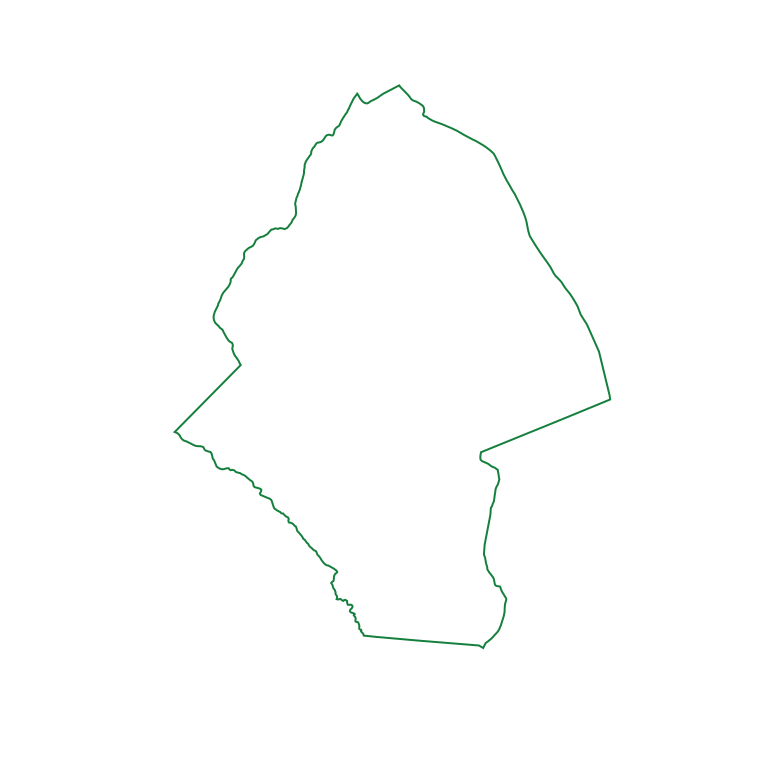 outline of Tarbaj, North-Eastern, Kenya, rotated 160°
{"feature_id": "3690345B53726856133736", "entity_name": "Tarbaj", "entity_type": "district", "adm_level": 2, "iso_a3": "KEN", "parent_name": "Kenya", "parent_adm1": "North-Eastern", "projection": "mercator", "projection_center": [40.301, 2.381], "detail": "fine", "context": "isolated", "style": "outline", "palette": "green", "viewbox_px": 768, "rotation_deg": 160, "n_neighbors": 0, "source": "geoboundaries", "source_scale": "gbopen_adm2", "svg_char_len": 6142}
<svg xmlns="http://www.w3.org/2000/svg" viewBox="0 0 768 768"><g transform="rotate(160 384 384)"><path d="M267.6,659.4L285.6,657.0L292.4,655.2L296.2,654.6L299.1,654.4L300.3,654.1L300.8,654.1L301.5,653.7L303.5,653.4L304.6,653.8L305.7,654.4L306.4,655.1L307.4,656.7L307.9,657.6L308.9,660.9L309.4,664.2L309.9,666.0L311.1,665.1L314.7,662.8L321.1,656.7L322.0,655.6L322.9,654.7L323.3,654.6L325.9,651.9L328.1,650.5L332.4,647.2L334.0,645.9L337.5,642.3L338.6,641.8L340.1,641.5L341.4,641.0L342.2,640.6L343.2,639.8L343.6,639.4L345.6,636.4L346.5,635.5L347.4,635.2L348.4,635.6L350.0,636.9L350.4,637.1L352.6,637.3L353.8,636.9L357.4,634.2L358.5,633.5L360.5,633.1L363.3,633.3L364.0,633.5L364.6,633.4L365.7,632.9L368.6,630.6L369.5,630.3L370.7,629.5L372.7,627.5L373.1,626.9L373.5,625.6L373.8,625.2L374.4,624.7L379.8,621.0L381.7,619.5L382.4,618.5L383.6,617.0L384.0,616.3L384.1,615.6L385.2,613.5L386.0,612.2L387.0,609.6L388.7,607.0L391.5,603.1L391.7,602.6L392.1,602.4L394.4,598.5L395.5,597.2L396.5,595.5L398.0,594.0L398.2,593.5L398.6,593.2L400.0,592.0L400.4,591.1L401.3,590.0L402.5,589.0L404.2,586.3L405.4,584.6L406.0,583.4L406.2,581.2L406.7,579.6L408.2,574.5L409.2,572.9L409.9,572.1L411.3,571.0L413.9,569.4L415.1,568.0L416.1,567.1L418.7,565.6L419.9,564.7L421.9,563.7L424.4,563.6L424.7,563.7L426.2,564.9L428.0,565.9L429.2,566.1L430.5,566.0L432.7,567.3L433.7,567.4L435.4,567.3L436.8,567.6L437.2,567.6L437.6,567.4L437.9,567.1L438.7,566.8L441.4,565.3L442.2,564.7L444.2,564.5L445.9,564.0L447.3,564.0L449.9,564.3L450.5,564.3L451.0,564.1L452.3,564.0L453.0,563.7L455.3,562.9L456.8,561.3L458.4,559.8L459.8,558.8L461.0,558.5L464.1,558.1L464.6,558.1L468.7,556.5L469.5,556.0L470.6,555.0L471.2,553.7L471.8,551.6L472.1,550.9L472.8,549.5L473.8,548.6L474.5,548.2L476.3,546.2L477.2,545.5L480.1,543.8L480.9,543.5L481.6,543.1L482.7,542.3L485.7,539.6L488.9,536.8L490.0,536.0L491.7,535.4L492.2,534.9L492.5,534.0L493.3,532.3L494.8,530.5L497.2,528.5L503.4,525.0L505.1,523.7L506.5,522.3L509.0,519.1L512.4,516.0L512.7,515.3L513.2,514.6L518.4,509.6L520.7,506.4L521.2,505.2L521.5,504.4L521.9,502.4L521.8,499.9L521.5,498.8L520.4,496.5L519.5,495.0L519.3,493.9L518.6,492.2L517.8,491.4L517.6,490.7L517.2,490.1L516.9,486.9L516.1,481.6L515.4,478.7L515.1,477.9L514.6,476.8L512.7,474.5L512.7,473.0L512.9,471.8L514.6,468.9L514.7,463.6L514.2,460.9L513.7,459.5L512.6,454.8L512.6,453.3L512.2,450.8L597.1,410.5L595.0,408.5L594.1,406.9L593.6,405.5L593.4,403.6L592.6,401.1L591.4,399.3L589.5,397.8L586.3,394.5L584.1,392.1L582.0,390.2L580.1,389.2L577.7,388.3L575.4,386.6L575.0,383.6L574.3,382.4L573.2,381.6L571.7,380.3L570.3,379.5L569.8,377.6L570.2,374.0L570.4,372.3L569.8,370.7L569.5,363.6L568.4,362.0L566.9,360.3L565.7,359.5L564.2,358.9L562.6,358.7L560.5,358.6L558.7,357.9L558.5,356.7L557.6,355.4L556.2,355.4L554.4,354.2L553.1,351.8L551.4,350.6L549.6,349.4L548.5,347.8L547.2,346.7L545.8,345.1L543.7,341.2L542.5,339.2L541.6,338.1L541.0,336.8L541.0,335.1L541.4,332.7L540.8,331.3L536.6,328.3L535.4,326.8L536.4,325.0L538.1,323.6L537.9,322.0L533.9,318.2L530.8,315.5L529.7,313.9L529.5,312.1L529.7,308.1L529.7,304.8L527.9,302.0L525.3,299.1L524.7,297.6L523.1,296.8L521.9,293.9L521.0,292.6L519.7,291.2L519.7,289.7L520.6,288.3L520.8,287.3L520.6,286.3L519.1,285.5L517.8,284.2L516.9,282.7L516.5,281.3L515.5,280.0L515.7,275.3L514.8,273.5L513.3,269.3L512.9,267.6L512.7,266.0L511.7,264.6L511.3,263.0L510.8,261.3L509.9,259.6L509.7,257.8L509.1,256.1L508.1,254.6L507.0,252.2L505.1,250.1L505.0,249.3L504.9,246.2L504.0,244.4L503.4,242.5L503.0,240.2L502.3,237.8L501.5,235.7L499.9,233.2L498.4,232.5L495.1,228.6L493.9,227.1L492.3,224.5L492.3,223.2L495.4,221.9L496.7,220.5L498.1,217.4L498.9,216.1L500.7,215.7L501.7,215.0L501.3,213.4L501.2,212.1L501.4,210.5L501.4,209.1L500.8,207.8L500.7,205.0L501.3,203.6L501.3,202.8L500.8,201.0L501.1,199.2L502.1,198.1L501.2,197.3L498.4,196.9L497.4,195.0L496.3,194.1L495.3,194.6L494.1,194.3L492.9,192.8L493.4,191.1L493.6,189.8L493.3,188.7L491.7,188.3L490.4,187.8L489.6,186.7L489.7,185.5L490.3,184.8L491.4,184.1L493.0,183.4L493.8,182.0L493.0,180.4L490.9,179.0L490.3,177.8L491.1,177.6L491.6,176.8L490.9,175.5L490.7,174.1L490.9,173.0L491.6,171.9L492.0,170.6L491.2,169.8L490.1,169.3L489.8,168.4L489.7,166.8L489.8,165.4L490.4,164.1L491.0,162.4L490.4,161.4L489.6,160.9L489.5,160.3L490.2,159.4L489.8,158.3L489.2,157.1L488.9,155.8L489.1,154.5L478.2,149.2L437.7,130.3L384.2,105.8L381.1,102.0L377.1,105.8L374.8,106.4L370.0,108.1L362.3,112.1L360.3,113.5L358.6,115.2L356.1,118.0L355.0,119.6L351.3,124.3L349.1,127.8L348.2,129.6L347.6,131.3L345.6,135.7L343.0,139.3L342.6,140.2L342.6,141.2L343.2,143.5L343.4,145.1L343.9,147.2L344.2,149.2L344.3,150.9L344.2,153.3L344.4,154.1L346.8,155.4L347.8,156.2L348.2,157.0L348.3,158.3L347.7,161.7L347.5,163.5L347.6,164.9L349.1,169.8L349.6,171.1L349.9,172.9L350.3,174.4L349.7,176.4L349.4,180.8L348.5,185.7L348.4,187.4L348.4,189.7L344.2,198.9L329.3,223.8L327.7,226.9L326.3,230.4L325.7,231.3L324.9,231.7L324.1,232.5L322.4,234.7L321.4,235.5L320.6,236.6L317.8,242.0L316.5,244.2L315.4,246.6L313.8,248.6L312.7,249.6L311.3,250.7L310.3,252.1L309.1,253.7L308.1,255.2L308.0,256.6L307.2,260.4L306.5,264.6L307.4,265.5L307.8,266.5L308.5,267.5L310.3,268.9L311.2,270.0L312.3,271.6L313.3,273.2L314.7,274.7L317.5,277.2L318.5,278.4L319.1,279.8L318.9,281.1L318.4,282.5L317.9,283.7L316.2,286.7L232.8,289.8L176.8,292.1L175.9,296.1L170.9,340.9L172.9,370.3L175.4,381.7L175.6,391.1L176.1,394.4L177.4,400.9L178.4,405.0L180.5,411.1L181.1,413.1L182.4,419.1L183.5,421.9L185.7,426.6L186.2,428.4L186.6,429.8L187.6,436.7L188.6,440.9L192.2,453.9L194.3,462.8L196.1,471.6L196.4,473.4L196.1,478.1L195.8,480.5L194.6,487.8L194.3,492.0L194.3,497.1L194.8,505.9L196.1,517.5L197.1,522.0L198.5,530.3L199.1,533.4L200.0,540.5L200.4,547.6L200.9,553.5L201.6,559.6L202.1,563.0L204.5,567.5L207.1,571.6L208.9,574.1L212.5,578.5L215.1,581.5L217.4,583.8L223.7,590.8L229.0,597.2L231.7,599.9L233.4,601.6L240.6,608.3L247.0,613.6L248.8,615.4L251.7,618.9L252.4,620.4L254.7,622.1L255.2,623.6L254.2,625.1L253.2,626.0L252.2,629.0L252.1,631.0L252.4,632.1L253.9,634.4L255.4,636.4L257.0,638.2L259.8,640.6L260.5,641.5L261.2,643.0L261.8,645.3L262.6,647.6L267.0,657.2L267.6,659.4Z" fill="none" stroke="#15803d" stroke-width="2"/></g></svg>